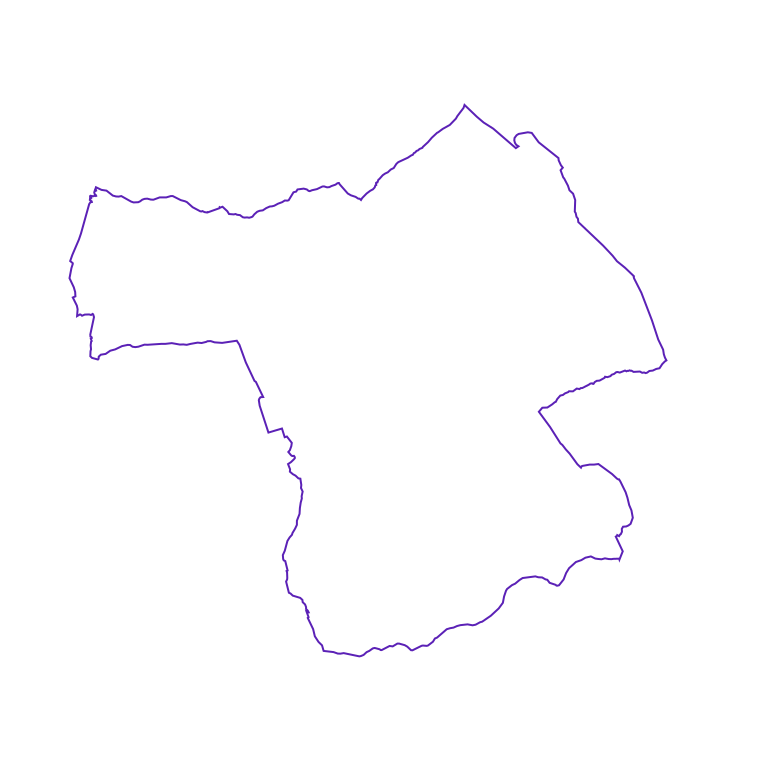 Zatreni, Vâlcea, Romania, rotated 255°
{"feature_id": "2599482B72418277367964", "entity_name": "Zatreni", "entity_type": "district", "adm_level": 2, "iso_a3": "ROU", "parent_name": "Romania", "parent_adm1": "Vâlcea", "projection": "mercator", "projection_center": [23.843, 44.774], "detail": "fine", "context": "isolated", "style": "outline", "palette": "violet", "viewbox_px": 768, "rotation_deg": 255, "n_neighbors": 0, "source": "geoboundaries", "source_scale": "gbopen_adm2", "svg_char_len": 6166}
<svg xmlns="http://www.w3.org/2000/svg" viewBox="0 0 768 768"><g transform="rotate(255 384 384)"><path d="M632.7,534.0L630.1,532.3L623.9,524.3L621.7,522.1L617.2,514.6L615.2,506.7L613.1,501.4L612.9,500.3L609.5,493.9L606.2,489.1L602.9,482.8L602.2,482.2L601.8,479.1L600.9,477.5L600.7,475.7L599.6,474.1L599.3,472.6L597.9,471.1L597.8,469.7L596.4,465.5L594.6,455.2L593.4,452.9L590.1,449.3L589.4,446.0L587.5,442.5L587.0,439.6L586.0,436.8L583.1,432.4L582.8,431.5L580.4,429.8L580.6,429.0L580.2,428.3L578.2,428.0L578.0,427.0L576.3,425.9L574.9,423.7L574.2,420.7L572.5,416.5L569.3,411.1L567.7,409.4L569.3,408.4L569.7,407.1L572.1,405.0L574.8,400.9L577.4,398.3L588.5,392.8L589.8,392.5L590.0,391.7L589.9,390.7L589.1,388.8L588.8,384.4L588.3,382.2L588.7,379.9L590.4,377.2L590.7,375.6L589.6,369.7L589.8,364.6L589.5,362.2L590.1,361.1L591.9,359.8L593.5,357.0L594.3,350.8L592.6,349.0L592.6,346.2L586.2,339.5L586.1,338.4L586.9,335.6L586.0,332.7L585.6,328.3L584.6,324.2L584.6,321.8L585.0,319.6L584.4,315.8L583.1,311.9L583.5,308.7L583.2,306.1L581.5,302.7L579.7,300.3L579.5,299.1L579.5,296.8L580.4,294.8L580.8,292.5L581.6,290.8L584.4,288.6L585.5,285.9L586.6,284.6L586.7,282.8L588.3,278.3L591.4,277.4L597.0,273.9L596.8,271.5L597.3,271.0L596.4,270.5L595.4,258.1L595.7,258.0L595.6,257.1L596.5,255.1L598.0,253.4L597.9,252.3L598.4,251.2L604.3,244.9L610.7,240.7L612.0,239.1L614.2,235.3L620.2,228.6L620.7,226.7L620.6,221.9L622.3,215.7L621.7,209.1L622.4,206.7L624.3,203.3L624.8,200.6L624.6,198.2L623.6,195.8L623.2,193.7L624.2,189.1L625.6,187.0L633.5,178.9L633.7,176.2L634.5,173.7L636.2,170.8L642.6,166.0L644.6,161.4L648.6,156.7L647.3,155.9L645.3,156.0L645.2,155.5L646.0,154.9L644.1,153.7L642.0,153.7L641.2,154.5L640.2,154.7L640.1,154.3L640.6,153.7L640.6,151.7L641.8,149.2L641.6,148.8L640.8,148.5L640.4,148.6L640.2,149.5L639.5,149.5L639.1,148.8L639.3,148.1L637.9,147.5L636.1,148.9L635.4,148.9L635.5,147.4L634.1,145.8L607.7,130.2L602.5,126.7L589.4,116.4L584.0,112.7L581.3,114.6L580.6,114.5L576.9,112.1L567.6,107.6L557.7,109.4L552.8,109.5L548.5,108.6L548.1,105.8L539.2,107.6L535.5,107.4L529.0,105.1L529.9,108.3L529.6,108.9L528.1,110.0L528.5,112.9L527.5,117.2L526.5,118.9L527.1,120.7L526.5,121.1L523.7,121.2L507.8,113.1L505.8,112.7L505.1,113.6L504.1,113.7L503.6,112.5L501.2,112.8L500.8,112.1L497.4,110.7L493.4,110.0L491.6,109.0L486.8,107.5L484.8,108.7L481.7,114.0L482.2,114.8L484.3,115.6L485.6,118.1L485.1,122.9L487.0,128.2L487.0,133.3L488.4,140.8L488.1,146.6L487.4,148.8L485.1,150.7L484.0,153.3L483.6,156.4L484.0,162.8L483.1,165.7L480.3,179.8L479.4,182.9L478.4,189.6L474.9,197.1L474.2,200.3L472.9,203.6L472.8,207.6L472.2,214.7L470.8,218.4L470.7,223.0L471.0,224.6L470.3,227.7L468.1,231.1L465.6,238.3L463.9,253.0L459.3,254.5L440.7,256.1L420.5,259.7L419.2,260.8L402.7,263.9L403.2,261.3L402.1,259.8L400.8,258.9L395.2,258.3L367.0,259.8L367.4,273.9L358.3,274.3L358.4,276.6L351.0,279.7L348.0,278.4L344.4,275.9L343.1,274.0L339.2,275.8L338.2,276.7L337.9,278.4L336.4,278.9L335.5,278.7L334.7,277.7L332.6,273.9L331.5,270.6L325.9,271.2L323.7,270.4L320.5,272.6L318.4,274.8L315.0,276.9L314.2,278.7L307.9,278.0L305.0,276.9L301.2,277.6L296.9,275.4L294.7,275.0L291.1,272.9L286.1,270.7L280.4,268.8L274.5,264.5L270.5,263.4L267.3,260.7L263.7,257.0L262.2,256.1L260.2,253.1L257.4,250.1L248.6,245.0L244.9,242.0L241.0,241.3L239.6,241.5L238.5,242.8L228.8,242.6L228.6,241.5L227.0,241.6L221.8,240.4L220.4,239.9L218.5,238.3L207.0,238.1L205.8,239.5L203.2,241.1L199.1,247.7L196.6,249.3L194.3,249.0L191.5,250.7L188.7,251.0L186.9,250.5L184.8,251.7L182.9,252.1L183.0,251.2L183.9,250.3L178.3,250.8L177.8,249.8L165.6,252.1L158.2,251.9L151.8,254.0L147.6,256.5L141.8,256.6L138.1,265.9L135.5,269.7L134.8,272.2L134.5,275.4L127.3,289.7L127.2,291.3L127.6,294.2L129.5,297.8L130.0,300.7L131.5,304.7L131.5,306.4L131.0,307.5L128.9,311.1L127.9,311.9L127.6,312.9L129.5,321.6L128.3,324.5L129.8,329.7L129.4,331.3L126.4,336.4L124.3,338.5L119.9,341.2L119.4,342.6L121.4,352.6L121.3,353.9L120.0,357.5L120.0,358.8L122.4,364.6L125.0,367.3L125.3,369.6L130.9,381.1L131.0,384.7L130.7,388.1L131.3,391.9L131.3,395.3L130.2,402.5L128.0,407.1L127.8,410.2L129.0,415.1L129.0,417.3L132.5,427.2L137.5,436.7L141.9,442.2L147.7,445.0L152.8,448.4L154.2,449.9L156.6,455.6L157.2,459.0L159.6,464.2L160.7,467.7L159.0,480.4L157.4,483.0L156.2,486.7L153.5,489.4L152.6,491.1L149.1,492.5L145.6,497.8L144.6,498.4L144.3,499.5L144.3,501.0L148.7,506.9L154.3,511.0L158.2,515.1L162.4,523.3L162.8,529.0L164.1,533.6L163.9,539.2L160.7,542.9L159.6,545.5L158.4,548.7L158.4,552.3L156.7,555.9L155.9,558.6L155.8,560.1L154.4,566.0L153.5,566.0L160.6,571.3L176.6,568.4L177.0,569.7L177.7,570.2L176.2,571.7L177.5,573.1L177.6,573.8L179.7,575.6L182.5,576.2L184.3,578.0L183.7,581.1L184.1,583.5L185.1,586.0L190.4,589.7L197.8,590.3L203.6,589.5L211.1,589.7L216.9,589.4L228.6,587.1L231.0,586.4L231.0,585.9L232.2,584.6L238.0,581.0L251.2,570.4L251.8,565.9L252.9,562.0L253.5,554.8L253.4,553.6L252.2,552.6L256.5,550.0L268.7,545.3L273.7,542.7L279.0,540.5L280.9,539.1L299.4,533.3L317.1,526.4L320.1,530.8L319.0,535.7L320.8,541.2L322.2,544.2L322.3,545.3L324.6,547.4L327.2,551.3L327.1,554.0L328.1,556.4L328.5,559.8L329.1,560.8L328.0,564.6L329.7,569.0L328.5,571.5L329.1,572.9L328.8,574.5L330.3,581.6L331.0,583.4L330.8,585.2L330.0,585.9L329.9,586.4L331.3,588.0L332.0,590.3L331.5,593.1L332.9,598.7L333.8,599.4L332.8,601.6L333.0,604.8L334.0,606.3L334.2,608.9L335.3,611.4L335.1,612.8L334.0,614.7L334.6,620.3L333.5,621.5L333.7,622.5L333.4,623.4L333.6,624.8L332.9,625.7L332.8,626.5L331.1,628.2L329.8,634.4L328.0,636.3L327.8,638.2L326.8,639.6L326.9,641.2L327.9,643.7L327.4,647.1L328.1,650.9L327.9,654.2L331.2,657.9L333.1,661.1L333.7,662.9L336.8,662.2L340.3,662.0L344.9,662.5L356.0,660.4L376.1,659.3L405.6,656.2L421.3,652.9L422.9,652.9L423.4,653.3L433.9,646.9L442.3,640.8L448.8,638.0L460.9,631.5L490.1,613.6L493.5,614.1L495.7,613.2L499.5,613.4L501.1,612.9L512.2,616.3L518.9,615.9L523.1,613.3L528.0,613.0L536.0,611.2L537.1,610.6L544.8,609.9L546.7,612.7L549.6,611.5L554.8,610.6L557.1,611.0L577.4,596.0L588.3,591.7L589.9,588.1L590.7,578.8L590.0,576.5L587.9,573.8L585.6,572.9L583.1,572.9L580.8,573.6L578.8,575.4L577.7,572.4L602.4,555.6L610.8,547.9L618.2,542.8L632.7,534.0Z" fill="none" stroke="#5b21b6" stroke-width="2"/></g></svg>